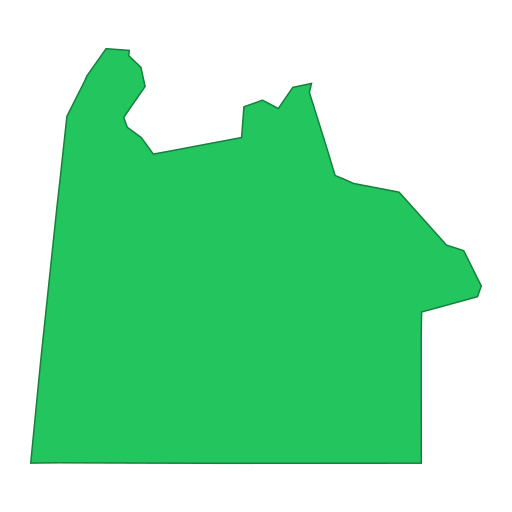 Chesapeake, Virginia, United States of America
{"feature_id": "52423323B47128133018764", "entity_name": "Chesapeake", "entity_type": "district", "adm_level": 2, "iso_a3": "USA", "parent_name": "United States of America", "parent_adm1": "Virginia", "projection": "natural_earth1", "projection_center": [-76.309, 36.708], "detail": "fine", "context": "isolated", "style": "filled", "palette": "green", "viewbox_px": 512, "rotation_deg": 0, "n_neighbors": 0, "source": "geoboundaries", "source_scale": "gbopen_adm2", "svg_char_len": 616}
<svg xmlns="http://www.w3.org/2000/svg" viewBox="0 0 512 512"><path d="M30.7,463.1L58.5,462.8L152.2,463.1L219.3,463.3L421.3,463.2L421.2,338.4L421.6,312.0L477.5,296.7L481.3,286.0L463.7,250.7L446.5,245.1L444.8,243.2L399.1,192.2L353.3,183.4L344.1,179.2L335.1,175.5L325.4,143.5L309.4,92.6L311.5,83.4L292.8,87.4L278.3,108.5L262.5,100.2L243.9,106.8L241.6,137.5L165.8,151.8L153.3,154.1L141.4,137.7L127.3,127.3L123.7,117.4L145.1,86.5L140.9,67.3L128.7,55.7L129.3,50.4L106.1,48.7L86.9,75.9L84.6,81.2L68.3,113.5L66.9,116.3L60.6,174.6L57.0,206.4L40.7,360.9L30.7,463.1Z" fill="#22c55e" stroke="#15803d" stroke-width="1.5"/></svg>